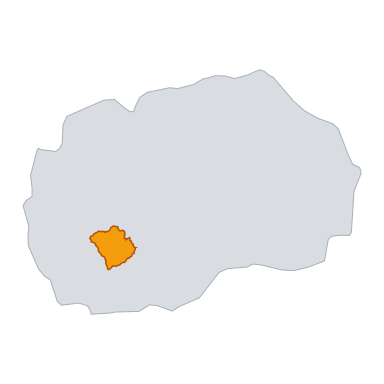 Demir Hisar, Demir Hisar, North Macedonia (highlighted)
{"feature_id": "65306769B51033238442002", "entity_name": "Demir Hisar", "entity_type": "district", "adm_level": 2, "iso_a3": "MKD", "parent_name": "North Macedonia", "parent_adm1": "Demir Hisar", "projection": "robinson", "projection_center": [21.142, 41.259], "detail": "fine", "context": "in_parent", "style": "filled", "palette": "amber", "viewbox_px": 384, "rotation_deg": 0, "n_neighbors": 0, "source": "geoboundaries", "source_scale": "gbopen_adm2", "svg_char_len": 2279}
<svg xmlns="http://www.w3.org/2000/svg" viewBox="0 0 384 384"><path d="M170.1,87.8L177.5,88.6L193.4,84.5L203.3,78.8L208.4,77.9L215.1,75.7L224.8,76.0L234.6,78.5L247.0,75.2L259.3,69.8L264.2,71.2L269.5,75.7L273.0,77.0L293.5,101.1L304.7,110.9L317.9,118.3L332.9,123.7L338.3,128.9L348.1,154.6L352.7,164.3L359.1,167.2L360.7,170.0L361.0,173.7L353.9,191.7L351.4,232.2L349.6,235.4L342.1,235.2L332.1,236.1L328.3,239.2L324.5,260.9L308.5,267.1L293.9,270.6L281.6,269.9L260.0,264.7L252.9,264.1L246.9,267.1L227.6,268.6L219.1,272.4L199.3,297.9L179.2,306.6L172.3,311.1L156.9,305.5L149.5,304.9L138.9,311.4L115.5,312.0L109.2,313.1L91.1,314.2L90.4,310.7L87.1,305.5L78.7,303.1L61.5,305.2L57.3,301.4L50.3,279.9L44.8,276.4L38.6,269.1L28.3,245.7L28.0,235.4L28.8,226.4L23.0,205.4L26.6,200.1L32.0,196.7L32.1,188.3L30.6,175.4L37.0,150.2L38.7,148.3L40.4,149.5L55.7,151.5L59.7,148.3L62.2,143.4L63.1,124.9L66.8,116.4L103.9,100.1L114.8,99.5L123.2,107.0L129.8,111.7L133.8,111.6L135.2,106.8L139.7,97.5L147.4,92.3L169.9,87.7L170.1,87.8Z" fill="#d9dde1" stroke="#a8b0b8" stroke-width="1"/><path d="M98.3,250.6L98.3,251.0L101.0,254.1L101.1,255.0L102.8,256.4L103.9,256.6L104.6,257.7L105.5,259.5L105.3,259.9L106.2,261.0L105.7,262.4L106.2,264.5L107.0,265.9L107.8,269.2L108.6,269.7L111.3,267.9L112.7,265.9L116.1,266.2L120.3,264.5L120.7,263.7L122.6,262.5L124.3,262.5L124.9,262.1L125.2,261.2L126.1,260.7L126.8,258.7L128.0,258.2L128.8,258.4L129.9,257.5L130.0,256.9L131.7,256.2L132.0,254.3L134.2,253.1L133.7,252.5L135.4,249.0L135.1,248.4L135.3,248.1L134.8,247.7L135.3,247.5L134.6,247.4L133.3,245.7L133.2,244.1L131.4,242.9L131.5,241.3L129.8,240.4L130.1,239.0L129.5,237.6L129.1,238.2L127.9,238.3L127.0,239.2L126.0,238.9L125.7,239.4L125.6,238.7L124.3,238.3L124.7,237.1L124.3,235.2L125.0,234.6L125.0,233.6L124.3,231.1L123.7,230.7L123.2,230.9L122.4,230.2L120.7,230.9L119.5,230.7L118.0,228.7L118.3,228.0L117.5,226.5L116.1,226.7L113.8,226.1L112.9,226.2L110.7,227.9L110.0,229.9L108.4,231.5L107.3,231.3L106.9,231.7L105.8,231.5L105.3,232.3L104.9,232.3L104.1,231.5L100.0,231.5L98.6,231.2L96.7,232.6L96.0,232.6L95.4,233.3L94.0,233.7L93.2,235.4L91.6,235.8L90.0,237.4L89.9,238.5L91.4,240.6L91.3,241.9L93.3,242.4L95.0,243.4L95.7,244.2L95.5,245.2L97.7,247.4L98.3,248.6L98.3,250.6Z" fill="#f59e0b" stroke="#b45309" stroke-width="1.5"/></svg>